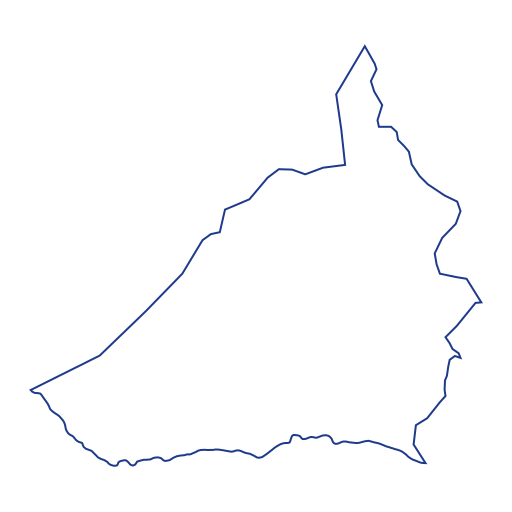 the district of Zangba, Basse-Kotto, Central African Republic
{"feature_id": "33826404B2530322918847", "entity_name": "Zangba", "entity_type": "district", "adm_level": 2, "iso_a3": "CAF", "parent_name": "Central African Republic", "parent_adm1": "Basse-Kotto", "projection": "mercator", "projection_center": [20.794, 4.708], "detail": "fine", "context": "isolated", "style": "outline", "palette": "blue", "viewbox_px": 512, "rotation_deg": 0, "n_neighbors": 0, "source": "geoboundaries", "source_scale": "gbopen_adm2", "svg_char_len": 3033}
<svg xmlns="http://www.w3.org/2000/svg" viewBox="0 0 512 512"><path d="M481.3,302.4L466.6,278.8L455.8,277.0L439.9,273.7L436.6,264.3L434.7,253.4L442.2,237.9L455.8,223.8L460.5,211.1L457.2,201.6L444.6,195.5L427.7,184.2L419.7,176.2L411.7,164.4L408.9,151.7L404.2,146.1L398.1,140.0L396.7,132.0L391.1,126.8L378.9,126.8L377.5,120.2L382.2,105.1L374.2,91.5L370.9,81.1L376.5,69.3L374.7,63.7L364.8,46.2L336.2,94.3L341.3,129.6L345.1,164.9L323.1,167.7L305.2,174.3L292.1,169.6L278.9,169.2L267.7,177.6L249.4,199.3L225.0,209.6L219.8,232.2L210.9,234.1L202.5,240.2L182.3,273.7L145.7,311.3L99.7,355.6L30.7,390.0L32.1,391.6L34.6,392.9L38.5,393.2L40.2,393.6L41.2,394.5L43.4,397.7L45.7,400.9L47.8,403.9L49.0,406.3L50.1,409.0L52.0,411.0L54.8,413.1L57.3,414.7L59.2,416.1L63.2,420.7L64.2,422.6L65.0,424.7L65.9,429.3L66.8,431.2L68.3,433.4L69.9,434.7L72.3,435.9L73.6,437.0L74.7,438.4L76.0,440.0L77.5,441.2L78.9,441.9L80.7,442.5L82.0,442.9L82.5,443.8L82.9,445.2L83.6,446.8L85.8,448.7L89.0,449.9L91.6,450.9L93.9,453.2L95.8,455.1L97.9,457.3L101.0,459.0L104.1,460.0L107.6,462.1L107.9,462.7L108.8,463.6L109.8,464.4L111.7,465.2L113.5,465.7L115.3,465.8L116.9,465.4L118.0,463.8L118.4,462.4L119.6,461.5L121.5,460.8L124.7,460.2L126.3,460.5L128.0,461.9L129.9,464.1L131.2,465.1L133.1,465.5L134.8,464.8L136.0,463.5L137.0,461.7L139.3,460.9L143.7,459.8L147.3,459.7L150.4,459.4L153.3,458.0L155.6,457.5L158.2,457.4L160.6,458.0L162.1,459.0L163.2,460.2L164.9,460.9L167.1,460.7L169.4,460.2L170.7,459.5L172.3,458.4L173.9,457.5L176.7,456.3L180.0,455.6L185.0,455.1L186.4,454.5L187.6,454.3L188.6,454.5L189.8,454.4L191.0,454.1L192.9,453.2L195.6,452.1L198.0,450.7L200.7,450.0L204.6,449.8L207.3,450.0L213.1,449.9L215.6,449.5L218.7,449.6L222.8,450.2L231.2,451.7L233.5,451.4L235.0,450.8L236.9,450.4L238.8,450.4L240.9,451.0L243.6,452.2L245.8,453.0L246.8,453.2L248.4,453.5L250.3,453.9L251.8,454.7L254.5,456.0L256.8,457.4L259.0,457.8L262.1,457.1L265.7,454.7L268.0,453.0L272.6,449.4L274.5,447.8L277.1,446.1L280.5,444.2L283.6,443.2L285.8,443.0L287.9,443.0L289.5,442.5L290.2,441.2L291.0,438.6L291.9,436.2L293.4,435.0L294.8,435.0L297.4,435.3L298.9,435.7L300.2,436.4L301.3,437.9L302.5,439.0L304.2,439.1L306.2,438.7L308.9,437.6L310.6,437.0L311.3,437.0L313.0,437.1L315.2,437.7L317.1,437.6L322.6,435.5L325.9,435.2L328.4,435.8L330.2,437.1L331.7,438.9L332.5,441.0L333.6,443.0L335.7,443.9L337.9,443.6L340.4,442.5L343.3,441.5L345.8,441.5L349.4,442.3L356.6,443.1L359.2,442.8L365.2,441.2L368.6,440.8L370.9,441.4L373.9,442.3L376.8,442.9L379.5,443.6L381.7,444.5L384.7,445.7L386.5,446.5L387.9,446.8L389.5,447.3L391.1,447.9L392.7,448.3L394.6,449.0L396.5,449.5L398.3,450.0L400.2,450.7L402.4,451.8L405.2,453.9L405.8,454.3L408.1,456.6L410.3,458.2L413.0,459.7L416.0,460.8L417.3,461.3L419.4,462.2L421.4,462.8L423.1,463.0L425.5,463.1L413.6,444.5L415.9,425.2L427.2,418.2L439.9,402.2L445.5,396.0L444.6,389.9L445.0,380.5L446.9,375.8L448.3,366.4L449.7,359.8L454.9,356.0L460.5,357.9L458.6,353.2L452.5,349.0L449.7,343.3L445.5,337.2L456.8,325.9L475.5,302.9L481.3,302.4Z" fill="none" stroke="#1e3a8a" stroke-width="2"/></svg>